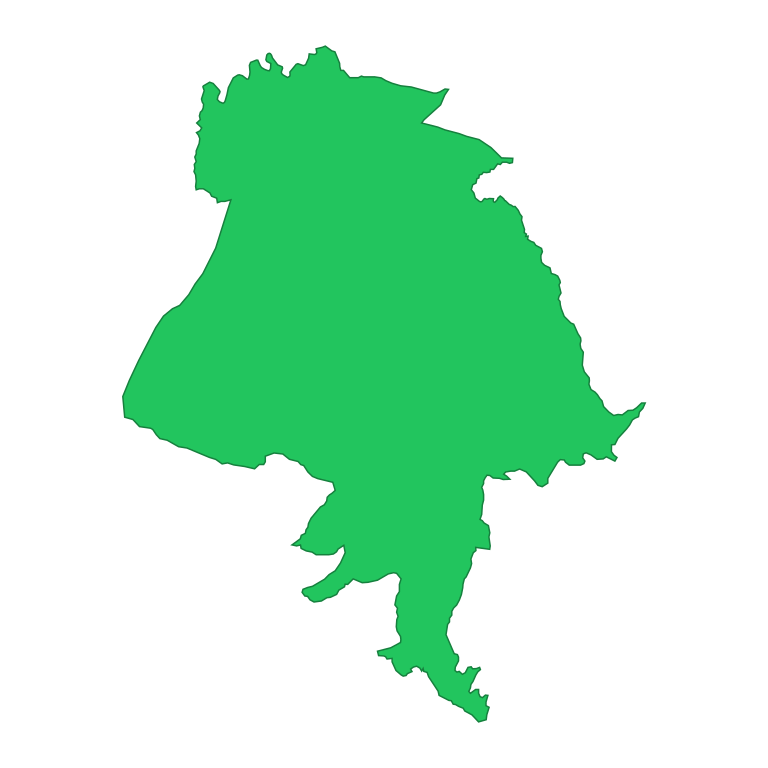 outline of Mohlakeng, Maseru, Lesotho
{"feature_id": "5366337B47747757162469", "entity_name": "Mohlakeng", "entity_type": "district", "adm_level": 2, "iso_a3": "LSO", "parent_name": "Lesotho", "parent_adm1": "Maseru", "projection": "robinson", "projection_center": [27.612, -29.479], "detail": "fine", "context": "isolated", "style": "filled", "palette": "green", "viewbox_px": 768, "rotation_deg": 0, "n_neighbors": 0, "source": "geoboundaries", "source_scale": "gbopen_adm2", "svg_char_len": 6048}
<svg xmlns="http://www.w3.org/2000/svg" viewBox="0 0 768 768"><path d="M645.2,403.0L641.6,403.0L636.7,407.7L633.0,410.2L628.1,410.5L622.3,414.9L618.0,414.5L613.7,415.5L608.8,412.0L603.6,406.6L602.0,400.8L599.9,398.6L597.4,394.7L595.0,392.1L591.0,389.6L588.9,384.2L589.4,380.8L589.2,377.9L584.3,371.8L582.3,365.2L583.3,352.2L580.8,348.4L580.1,344.1L580.9,340.9L580.6,337.9L577.9,333.7L573.7,324.2L570.8,323.0L564.2,316.4L561.2,308.6L560.3,304.8L560.0,301.4L558.3,299.3L559.0,296.4L561.0,293.0L559.0,284.9L560.3,282.6L559.8,280.3L557.7,276.1L555.0,274.6L551.3,273.5L550.0,267.9L544.6,265.3L541.6,262.4L540.9,258.3L540.9,255.4L542.4,251.7L541.5,248.4L535.7,245.3L533.8,242.4L531.0,241.4L527.6,239.3L528.1,236.1L525.7,236.4L526.4,234.1L524.2,232.6L524.5,229.4L521.5,220.2L522.0,216.7L519.9,213.9L518.3,210.4L515.1,206.5L513.0,206.6L511.5,205.3L509.2,204.4L505.4,200.7L504.6,200.5L504.0,199.2L502.4,197.6L500.2,196.0L498.0,198.0L497.3,199.7L494.8,202.3L493.7,201.9L493.2,200.9L493.5,198.7L489.2,198.5L486.9,199.3L484.9,198.5L483.8,199.1L482.2,201.4L480.7,201.9L479.3,201.3L475.3,198.1L473.9,193.0L471.3,189.7L472.7,184.7L476.0,183.1L476.9,178.6L478.8,178.0L479.3,174.9L481.8,174.3L483.3,172.3L486.7,172.6L489.9,172.0L490.4,169.4L493.6,169.4L497.6,163.9L500.3,164.5L502.4,162.2L506.6,162.2L509.5,163.3L512.4,162.6L512.8,158.3L501.5,157.9L491.1,147.7L479.1,139.6L466.7,136.4L459.1,133.6L445.0,129.9L437.8,127.1L421.6,123.0L424.0,119.8L440.6,104.8L444.7,95.1L448.5,89.4L445.0,89.0L439.9,91.9L436.4,93.1L433.7,93.1L411.3,87.0L400.7,85.8L392.1,83.3L385.9,80.7L381.2,77.9L374.8,76.9L363.8,76.9L361.4,76.1L358.3,77.7L349.7,77.7L343.5,70.4L340.8,70.4L339.8,66.7L339.6,63.3L334.9,51.8L331.8,50.9L325.3,46.1L322.4,47.3L316.1,48.8L316.8,52.7L315.7,54.2L314.3,54.5L309.2,53.9L308.6,58.2L305.6,64.8L303.3,65.6L297.9,63.7L296.2,64.3L289.9,72.0L290.1,74.9L289.7,76.3L287.6,77.5L283.3,75.1L281.7,73.6L281.3,72.1L282.6,68.2L282.2,66.8L277.7,64.9L272.5,58.0L271.5,55.2L270.4,53.7L269.4,53.3L268.1,53.6L266.8,55.0L265.9,59.8L266.9,61.5L270.8,63.5L270.5,68.7L269.4,70.7L267.8,70.6L264.6,69.4L261.5,67.5L260.2,65.6L257.8,60.2L256.4,60.1L250.6,62.4L249.4,65.3L250.0,72.0L249.6,75.4L248.4,78.9L247.0,79.2L242.4,75.7L239.3,74.8L237.7,75.1L233.3,77.9L228.4,87.6L227.0,94.5L225.3,100.5L224.5,102.3L223.1,103.3L219.5,101.8L217.3,99.5L218.0,96.0L219.7,92.9L220.0,91.5L219.1,90.0L213.2,83.5L209.7,82.2L203.4,85.9L202.9,86.8L204.2,90.6L201.5,99.0L202.3,102.1L203.6,104.2L203.2,108.0L202.0,110.7L200.4,112.2L199.4,115.9L200.3,119.6L196.7,123.0L201.7,127.9L200.0,130.8L196.5,132.6L198.4,135.0L199.8,138.6L199.2,143.4L196.2,150.9L196.2,154.1L194.8,157.0L196.2,161.6L194.3,164.5L194.8,168.4L194.0,171.6L195.6,174.8L196.2,181.2L195.6,186.5L196.2,189.8L199.2,188.8L203.4,188.8L210.0,193.0L211.6,196.2L216.7,198.2L217.4,202.7L221.0,201.4L224.8,201.4L230.9,199.8L215.7,248.1L202.8,273.7L195.1,284.0L188.8,294.7L179.7,305.4L172.5,308.7L163.5,316.1L155.8,327.5L138.7,360.5L129.4,380.3L122.8,396.5L124.7,417.2L132.9,419.5L139.5,426.6L150.6,428.2L152.8,429.5L156.3,434.7L159.9,438.6L167.1,440.2L178.6,446.7L186.9,448.0L209.4,457.4L215.8,459.4L222.1,463.9L227.6,462.9L233.7,464.9L244.7,466.5L254.6,468.8L259.2,464.5L263.7,464.5L265.3,461.8L265.3,456.2L274.1,453.0L282.8,454.0L289.4,459.3L298.1,461.5L300.8,464.6L303.7,465.5L307.9,472.0L312.4,476.4L317.7,478.6L332.8,482.3L335.2,490.4L332.1,493.2L329.5,494.9L327.2,497.3L326.7,501.0L324.3,504.8L320.4,507.0L311.1,518.2L308.5,523.5L307.9,527.2L306.1,529.7L305.3,533.4L301.3,535.3L300.3,538.8L292.0,544.9L296.6,545.9L300.5,545.0L301.1,548.4L306.2,550.9L312.1,552.1L316.1,554.7L328.9,554.7L333.4,554.0L336.5,551.8L338.1,549.0L343.8,545.3L345.2,552.7L340.5,563.0L335.2,570.8L329.1,574.6L324.6,579.2L312.5,586.3L307.6,587.5L303.0,589.3L302.1,592.3L304.8,596.0L307.6,596.4L310.0,599.8L314.0,602.0L321.4,601.0L326.9,597.7L330.4,597.3L336.6,594.4L338.9,590.1L344.5,586.8L345.1,584.2L347.7,584.4L353.2,578.9L362.2,582.7L368.0,582.3L377.5,580.2L388.3,573.9L393.6,572.7L396.6,573.3L401.1,578.9L399.4,584.4L399.4,591.6L396.6,596.0L394.9,604.9L397.5,608.2L396.6,612.2L398.1,616.3L396.8,619.7L396.3,626.8L397.1,630.9L400.5,636.4L400.9,639.8L400.5,642.5L390.7,647.8L377.5,651.2L378.6,655.6L383.6,655.9L385.6,656.7L387.0,659.0L392.1,658.4L392.1,661.9L396.0,670.5L401.1,674.9L403.2,676.1L406.1,675.5L407.4,673.6L412.0,671.6L410.6,669.1L413.4,667.1L416.6,666.2L419.8,668.0L421.7,671.1L423.1,668.5L423.8,671.4L427.1,672.4L428.6,676.7L438.1,691.1L439.1,695.4L448.9,700.4L451.3,700.7L453.2,704.2L455.5,704.5L458.5,706.3L463.2,708.2L464.8,711.0L471.9,714.8L478.6,721.9L486.2,719.7L486.8,714.8L489.1,707.3L486.0,705.7L486.0,702.0L487.9,695.4L485.4,695.1L482.5,697.6L480.1,696.7L478.6,693.3L478.6,689.5L475.6,689.5L470.4,693.3L468.8,691.4L470.4,688.0L470.9,684.5L473.0,681.4L475.9,674.9L477.8,671.8L480.4,669.6L479.6,667.4L476.4,668.6L472.6,668.8L471.2,666.8L468.0,667.4L465.3,672.7L462.4,674.3L459.2,671.4L456.9,672.1L455.0,670.5L455.3,667.1L458.5,660.9L458.5,657.1L457.4,654.6L454.2,653.7L446.0,634.7L447.6,624.4L449.5,621.9L449.5,618.2L451.8,615.1L451.8,611.3L453.7,607.9L456.6,605.1L459.3,600.1L461.4,594.5L462.7,587.9L463.0,584.2L464.3,578.9L466.1,577.0L470.4,568.0L471.6,563.6L470.9,559.0L473.3,552.7L475.9,550.6L475.7,547.4L489.7,549.3L490.2,545.9L488.9,536.9L489.8,532.8L488.4,525.6L484.1,523.0L482.3,520.7L480.0,519.4L481.7,514.4L482.3,505.1L483.6,500.1L483.6,494.5L482.8,490.1L481.7,487.3L483.6,483.6L483.6,480.8L485.2,477.7L487.0,475.2L489.9,475.5L493.1,478.0L499.5,478.3L503.2,479.5L509.8,479.2L506.6,476.1L503.7,474.2L505.6,472.0L510.8,471.1L514.6,471.1L519.6,469.0L526.3,471.9L534.6,480.9L537.9,485.3L542.2,486.7L547.8,483.1L547.8,478.4L557.6,462.2L560.3,459.6L564.3,460.0L565.5,462.2L569.2,465.1L580.6,465.1L583.9,463.6L584.9,461.1L582.7,457.8L583.3,453.9L586.1,452.8L591.0,454.9L597.1,459.3L603.2,458.9L606.3,456.8L614.9,461.1L617.0,457.5L614.0,455.3L611.4,451.7L611.5,444.8L614.9,444.5L618.0,438.3L626.5,429.0L629.6,425.0L632.4,419.9L635.1,418.1L638.5,416.7L639.4,412.0L642.8,408.4L645.2,403.0Z" fill="#22c55e" stroke="#15803d" stroke-width="1.5"/></svg>